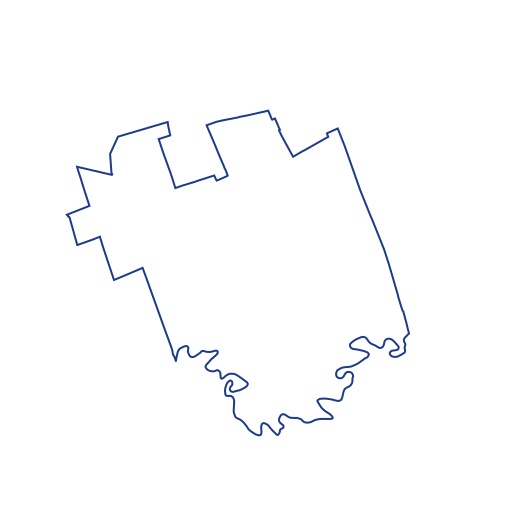 outline of Axintele, Ialomita, Romania, rotated 145°
{"feature_id": "2599482B81845077877895", "entity_name": "Axintele", "entity_type": "district", "adm_level": 2, "iso_a3": "ROU", "parent_name": "Romania", "parent_adm1": "Ialomita", "projection": "equal_earth", "projection_center": [26.784, 44.584], "detail": "fine", "context": "isolated", "style": "outline", "palette": "blue", "viewbox_px": 512, "rotation_deg": 145, "n_neighbors": 0, "source": "geoboundaries", "source_scale": "gbopen_adm2", "svg_char_len": 6048}
<svg xmlns="http://www.w3.org/2000/svg" viewBox="0 0 512 512"><g transform="rotate(145 256 256)"><path d="M387.1,396.1L386.8,396.1L386.6,394.5L396.1,367.5L380.3,363.1L372.8,361.3L376.0,351.6L386.1,317.8L372.3,314.8L355.7,311.3L359.1,298.5L373.5,245.8L377.7,229.8L379.1,225.7L379.8,224.4L380.5,222.7L380.6,221.7L380.7,219.9L382.1,215.4L381.4,216.4L378.8,219.0L376.8,220.7L375.8,221.8L374.5,222.7L373.2,223.3L372.1,223.7L370.7,223.7L367.6,223.3L365.8,222.8L364.5,222.0L364.1,221.4L363.9,220.6L364.0,219.8L364.3,219.3L366.5,216.9L367.0,215.6L367.3,214.4L367.5,213.4L367.5,211.5L366.5,209.9L365.3,209.2L363.3,208.8L357.5,208.7L355.5,209.1L354.6,209.1L353.8,208.6L352.0,206.6L351.6,206.0L349.3,204.1L348.0,203.4L343.5,201.7L342.8,201.2L342.2,200.4L342.2,199.9L342.4,199.4L342.8,198.8L343.5,198.2L344.8,197.8L350.0,197.2L351.1,197.2L358.2,195.6L359.8,195.1L360.7,194.5L361.1,193.5L361.2,192.6L361.1,191.6L360.9,190.6L360.6,189.8L359.7,188.4L358.7,187.3L357.7,186.4L356.4,185.6L355.5,185.3L353.4,184.8L352.8,184.3L352.2,183.0L352.1,182.3L352.2,181.4L352.5,180.3L354.7,176.5L354.8,175.9L354.6,175.3L354.2,175.0L353.2,174.8L350.9,175.0L349.7,175.2L347.2,175.1L345.7,174.8L344.8,174.4L343.9,173.8L342.4,172.7L341.2,171.5L340.3,170.1L339.0,166.9L337.7,163.4L336.1,158.5L335.8,157.5L335.9,156.7L336.1,155.9L337.4,154.9L338.9,154.6L340.9,154.6L345.3,155.2L346.8,155.6L349.5,156.7L352.2,157.6L352.9,158.0L353.5,158.6L353.9,159.1L354.2,159.8L354.2,160.8L354.0,161.4L353.6,162.2L352.9,162.9L351.7,163.5L349.6,164.0L348.7,164.7L347.7,166.7L347.7,167.6L348.3,168.6L348.7,168.9L349.4,169.0L350.6,168.9L351.9,168.7L354.6,167.2L356.3,165.9L357.6,164.7L358.8,163.2L360.5,160.1L360.6,159.1L360.5,158.6L359.3,157.5L357.9,156.6L356.8,155.6L355.9,153.6L356.1,152.6L356.3,151.4L356.6,150.7L357.0,149.9L357.8,148.7L362.6,142.6L363.5,141.4L364.0,140.3L364.3,139.4L365.1,136.4L365.1,135.7L365.0,135.2L364.5,133.9L363.2,131.7L362.8,130.9L362.3,129.6L361.9,128.1L361.6,126.4L361.4,123.2L361.3,121.4L361.5,119.1L361.4,118.0L361.2,116.9L360.2,113.9L358.9,110.8L358.2,109.6L357.0,107.9L356.2,107.3L355.3,106.8L354.5,106.8L353.8,107.2L352.4,108.8L350.3,112.3L349.2,113.7L347.8,114.8L346.5,115.0L345.9,114.9L345.5,114.7L344.9,114.1L343.9,112.3L343.4,111.1L343.1,110.1L342.9,106.6L342.7,104.5L342.3,102.0L341.7,98.8L341.4,97.5L341.2,97.2L340.9,97.0L340.4,96.9L339.9,96.9L338.1,97.7L336.9,98.8L336.6,99.3L336.1,99.6L335.6,99.8L334.8,100.0L332.8,99.6L332.1,99.8L331.5,100.2L331.1,100.8L330.8,101.7L331.7,104.8L331.9,105.9L331.9,106.5L331.8,107.1L331.3,108.3L330.5,109.3L329.6,110.0L328.6,110.6L327.4,111.1L326.5,111.3L325.9,111.3L324.9,111.1L324.5,110.8L323.7,110.1L323.3,109.5L321.7,105.5L320.8,104.1L320.4,103.6L318.1,101.8L315.1,99.7L313.4,97.5L312.7,96.1L312.2,93.4L311.7,92.2L310.8,91.1L310.5,90.8L309.2,89.8L307.7,89.0L306.0,88.4L302.1,87.9L301.2,87.6L298.5,86.5L295.5,84.8L290.6,81.3L288.4,79.8L287.7,79.4L286.8,79.1L286.3,79.2L285.9,79.5L285.8,79.9L285.7,80.5L285.7,81.6L285.8,82.6L286.2,84.2L288.2,89.0L288.8,91.1L289.3,93.3L289.4,94.4L289.1,101.3L288.9,101.9L288.5,102.4L287.3,102.5L286.1,102.4L285.4,102.2L283.8,101.3L281.5,99.8L279.9,98.5L276.4,95.2L272.7,90.9L272.0,90.3L271.2,89.8L269.9,89.4L269.3,89.3L268.3,89.6L266.9,90.4L266.1,91.0L262.3,94.5L260.3,95.8L259.4,96.1L258.5,96.2L257.5,96.2L254.5,95.7L252.9,95.8L252.2,96.0L250.5,96.7L249.4,97.5L248.6,98.4L248.2,99.1L247.3,100.3L245.6,101.6L245.3,102.1L245.0,102.7L244.7,103.6L244.6,104.5L244.6,105.0L244.8,105.7L245.6,107.0L246.2,107.7L246.9,108.1L248.3,108.8L250.0,108.6L253.8,106.9L254.8,106.8L256.3,107.0L256.8,107.3L257.5,107.9L258.4,108.8L258.8,109.8L259.0,110.6L258.9,111.6L258.5,112.7L258.3,113.1L257.3,114.3L256.1,115.1L255.1,115.6L254.7,115.7L251.4,115.5L249.6,115.1L247.4,114.2L243.7,112.0L241.9,111.1L241.1,110.8L238.4,110.2L234.6,109.5L229.5,109.5L225.4,109.6L223.0,109.2L222.3,109.4L221.0,109.9L220.0,110.7L219.8,111.1L219.8,111.4L219.9,112.8L220.5,113.9L221.1,114.8L222.1,116.3L224.1,118.5L226.3,120.9L228.2,122.8L229.7,124.0L230.4,125.2L230.8,126.2L230.9,126.6L230.8,127.6L230.6,128.3L230.2,129.1L229.6,129.7L227.9,130.2L225.9,130.4L223.6,130.4L221.2,130.2L216.1,129.1L214.8,128.4L214.2,127.9L213.7,127.3L213.3,126.8L213.0,126.2L212.8,125.7L212.7,120.7L212.1,118.4L211.1,116.6L210.8,116.2L209.5,114.0L208.6,111.7L208.2,111.1L207.4,109.6L206.5,109.2L205.8,108.9L205.1,108.9L203.9,109.0L203.1,109.4L201.9,110.2L199.8,112.2L199.0,112.6L197.8,113.0L196.3,112.9L195.4,112.6L194.4,111.9L193.3,110.7L192.6,109.5L191.9,106.7L191.4,102.7L191.2,100.7L191.2,100.1L191.4,99.5L191.7,99.1L192.4,98.5L192.9,98.1L193.5,98.1L194.3,98.2L196.5,99.1L198.1,100.0L199.0,100.4L199.7,100.5L200.7,100.4L201.6,100.1L202.2,99.6L202.4,99.3L202.6,98.4L202.7,97.3L202.6,96.8L202.3,96.1L201.9,95.4L200.7,94.2L199.4,93.2L198.6,92.7L197.1,92.3L193.5,91.8L190.6,91.7L189.7,91.7L189.1,92.0L188.5,92.5L187.9,93.3L186.9,95.7L185.8,96.6L184.9,97.3L184.2,98.1L184.0,98.9L183.9,100.0L183.7,101.2L183.5,101.7L183.0,102.4L182.6,102.8L181.5,103.5L180.7,103.8L179.1,104.0L177.0,104.5L175.1,104.7L173.3,109.7L171.4,114.4L167.1,126.2L167.2,126.4L167.3,127.1L166.3,130.6L162.6,141.9L162.3,142.2L152.1,172.3L147.3,187.9L140.1,218.6L139.0,223.9L132.8,250.5L121.3,291.5L120.2,295.5L115.9,313.6L127.6,315.8L128.5,312.2L156.7,314.9L157.1,315.1L168.7,316.0L166.6,335.2L165.9,340.8L165.1,345.7L164.0,345.7L163.5,349.0L163.2,349.7L161.6,357.8L164.1,358.2L164.5,358.4L164.6,358.7L164.5,359.4L162.6,368.0L183.8,376.7L190.1,379.6L191.0,379.7L205.0,386.0L211.7,388.7L221.5,391.4L224.2,378.5L226.2,369.2L228.3,360.1L230.8,347.9L231.5,345.5L231.4,344.7L233.0,338.2L233.3,338.0L238.9,339.0L244.9,340.3L244.9,341.7L244.4,343.9L244.1,345.9L259.4,350.7L263.7,351.9L275.6,355.8L283.1,357.9L279.5,369.3L278.1,374.1L274.0,389.3L273.9,389.9L271.0,399.7L270.8,400.4L270.8,401.0L270.5,401.3L268.7,407.6L257.1,404.0L253.5,412.5L251.5,416.4L300.6,432.9L314.2,424.9L316.7,423.5L317.0,423.1L317.4,422.6L326.7,407.0L327.0,405.3L327.5,405.1L351.4,431.7L352.4,428.9L355.5,418.7L358.2,410.5L363.7,392.6L387.3,398.3L387.1,396.1Z" fill="none" stroke="#1e3a8a" stroke-width="2"/></g></svg>